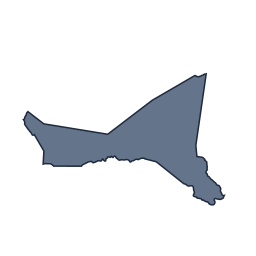 outline of Jacaleapa, El Paraíso, Honduras, rotated 278°
{"feature_id": "27666195B90337288722280", "entity_name": "Jacaleapa", "entity_type": "district", "adm_level": 2, "iso_a3": "HND", "parent_name": "Honduras", "parent_adm1": "El Paraíso", "projection": "albers", "projection_center": [-86.709, 14.063], "detail": "fine", "context": "isolated", "style": "filled", "palette": "slate", "viewbox_px": 256, "rotation_deg": 278, "n_neighbors": 0, "source": "geoboundaries", "source_scale": "gbopen_adm2", "svg_char_len": 5369}
<svg xmlns="http://www.w3.org/2000/svg" viewBox="0 0 256 256"><g transform="rotate(278 128 128)"><path d="M74.6,232.7L74.4,232.1L74.4,231.6L74.6,231.0L74.7,230.8L74.7,230.7L76.4,229.7L77.0,229.3L77.9,228.6L78.4,228.3L78.6,228.2L78.8,228.2L79.1,228.2L79.7,228.3L80.2,228.3L80.7,228.3L81.0,228.2L81.3,228.1L81.5,228.0L81.6,227.8L81.9,227.6L82.0,227.4L82.8,227.0L83.4,226.5L83.5,226.2L83.8,225.3L83.9,225.1L83.8,224.7L83.9,224.2L84.1,223.9L84.3,223.6L85.2,222.9L85.8,222.3L86.0,222.1L86.2,221.5L86.7,220.7L87.1,220.2L87.8,219.2L88.3,218.5L88.5,218.1L88.7,217.6L88.9,217.3L89.3,216.8L89.9,216.1L90.5,215.6L90.7,215.4L91.2,214.6L91.3,214.4L91.3,214.1L91.4,213.9L91.5,213.8L91.6,213.6L91.8,213.4L92.1,213.3L92.8,213.0L93.4,212.9L93.5,212.8L93.8,212.3L94.1,211.8L94.6,211.3L95.3,211.4L96.2,211.6L96.4,211.7L96.8,211.9L97.2,212.1L97.6,212.2L97.9,212.2L98.1,212.2L98.4,212.0L98.6,212.0L99.5,211.9L100.3,211.9L100.7,211.8L101.6,211.6L102.7,211.2L103.8,211.0L104.6,210.9L104.9,210.8L105.2,210.7L105.4,210.6L105.6,210.4L105.8,210.1L106.3,209.2L106.7,208.5L106.8,208.4L107.0,208.4L107.1,208.6L107.3,208.6L107.6,208.3L107.8,208.2L108.8,206.8L109.1,206.4L109.3,205.8L109.3,204.9L109.4,204.1L109.3,203.3L109.4,201.5L109.4,200.9L109.4,200.7L109.3,200.2L120.3,197.6L192.5,197.9L192.2,197.3L192.2,196.9L192.1,196.5L192.0,196.2L191.9,196.0L191.6,195.7L191.4,195.5L191.0,195.3L190.7,195.1L190.5,193.9L190.3,193.6L189.8,193.1L189.5,192.7L189.2,192.1L189.0,191.5L188.7,191.1L188.6,190.9L188.5,190.7L188.5,190.0L188.6,189.4L188.6,189.0L188.7,188.8L188.9,188.5L189.2,187.4L189.3,187.1L189.2,186.8L158.9,148.2L119.0,108.8L120.4,44.0L130.3,26.6L130.0,26.4L129.4,26.0L128.8,25.6L128.5,25.5L128.0,25.4L127.3,25.4L126.5,25.3L126.2,25.1L125.7,24.8L124.9,24.5L123.7,24.2L123.3,24.3L123.1,24.3L122.9,24.3L122.3,23.9L121.9,23.6L121.8,23.3L121.6,23.5L120.4,24.4L119.8,24.8L119.5,24.9L119.3,25.0L118.2,25.0L117.8,25.0L117.5,25.1L117.3,25.2L117.0,25.4L116.1,26.2L114.3,27.9L113.5,28.6L112.9,29.2L112.2,30.1L111.7,30.5L111.1,31.1L110.6,31.6L110.4,32.0L110.0,32.5L109.8,32.7L109.5,32.9L109.0,33.3L108.4,33.7L108.0,34.0L107.8,34.2L107.7,34.4L107.7,34.6L107.7,34.8L107.7,35.1L107.8,35.4L108.0,35.8L108.1,36.0L108.3,36.2L93.5,47.9L80.4,49.0L81.4,51.4L81.3,52.5L81.4,53.2L81.5,53.9L81.6,54.6L81.7,55.3L81.8,56.1L81.7,56.6L81.4,57.2L81.0,58.2L80.6,58.7L80.4,59.2L79.9,59.6L83.7,87.2L85.1,88.0L85.3,88.2L85.7,88.9L86.2,89.5L86.6,90.2L87.2,91.0L87.5,91.5L88.0,92.2L88.6,93.0L88.9,93.5L89.0,93.7L89.2,94.5L89.7,95.6L89.8,96.1L89.7,96.2L89.6,96.6L89.4,97.0L88.8,98.0L88.7,98.3L88.8,98.4L89.5,100.1L90.0,100.7L90.4,101.5L91.1,102.5L91.3,102.8L91.5,103.1L91.5,103.4L91.6,104.0L91.5,104.3L91.4,104.8L91.4,105.1L91.5,105.6L91.6,105.8L91.8,106.1L92.0,106.3L92.6,106.6L93.2,106.7L93.5,106.8L93.7,107.0L93.8,107.1L93.8,107.3L93.7,107.4L93.1,108.0L92.8,108.3L92.4,108.9L92.1,109.3L92.0,109.5L92.0,109.8L92.1,110.0L92.3,110.4L92.4,110.5L94.0,110.5L94.3,110.6L94.7,110.8L94.9,111.0L95.0,111.1L95.2,111.4L95.3,111.5L95.6,111.9L96.5,112.0L96.7,112.3L96.7,112.9L96.7,113.3L96.5,114.1L96.5,114.4L96.5,114.6L96.6,114.8L96.9,115.0L97.2,115.2L97.5,115.3L97.7,115.5L96.8,116.9L96.7,117.1L96.8,117.3L97.4,117.7L97.8,118.0L98.0,118.2L98.2,118.5L98.3,118.7L98.3,118.9L98.3,119.1L98.1,119.4L97.8,119.8L96.7,120.5L96.5,120.8L96.3,121.1L96.1,121.6L95.8,122.2L95.1,123.2L95.0,123.5L95.0,123.9L95.0,124.2L95.1,124.6L95.2,124.9L95.5,125.4L95.7,126.1L95.7,126.5L95.8,128.6L96.1,129.7L96.4,130.6L96.6,131.0L96.6,131.5L96.6,132.0L96.5,132.3L96.4,132.7L96.3,133.0L96.1,133.3L95.6,133.9L94.7,134.7L94.7,134.9L94.6,135.0L94.7,135.3L94.9,135.6L95.1,135.8L95.6,136.0L95.9,136.3L96.0,136.5L96.1,137.1L96.2,137.3L96.3,137.7L96.5,138.0L96.7,138.3L97.2,139.0L97.4,139.2L97.9,139.7L98.0,139.9L98.1,140.2L98.2,140.4L98.2,140.8L98.2,141.3L98.1,141.8L98.1,142.1L98.1,142.3L98.2,142.6L98.3,142.9L98.4,143.1L99.0,143.9L99.6,144.8L99.7,145.0L99.9,145.4L100.0,146.0L100.1,146.9L100.2,147.5L100.2,148.6L100.1,149.0L99.8,149.0L98.5,160.7L80.7,190.8L80.5,191.5L80.4,192.8L80.2,193.3L80.1,193.5L79.9,193.7L79.7,194.0L79.4,194.4L79.2,194.9L79.0,195.4L79.0,195.9L79.0,196.4L79.7,199.0L79.6,199.6L79.4,199.9L79.3,200.2L79.2,200.4L79.0,200.6L78.8,200.7L78.6,200.8L78.0,201.1L76.5,201.4L75.5,201.7L75.2,201.8L74.6,202.2L74.0,202.6L73.8,202.7L73.6,202.8L73.4,202.8L72.7,202.6L72.2,202.4L71.5,202.3L70.8,202.1L70.2,202.1L69.9,202.2L69.7,202.4L69.6,202.6L69.5,202.8L69.4,203.4L69.3,204.1L69.2,204.4L69.3,204.8L69.2,205.1L69.1,205.4L68.9,205.5L68.5,205.8L68.4,205.9L68.4,206.0L68.3,206.3L68.2,206.6L68.2,207.0L68.3,207.8L68.3,208.0L68.1,208.6L68.1,209.1L68.1,209.8L68.0,210.1L68.0,210.3L67.8,210.5L67.3,211.0L67.0,211.3L66.9,211.4L66.9,211.6L67.0,211.8L67.0,212.1L67.1,212.8L67.0,213.0L66.6,213.5L66.1,214.9L65.8,215.8L65.9,216.0L66.0,216.3L66.0,216.7L66.0,217.2L65.8,217.3L65.2,217.9L64.9,218.4L64.6,218.6L64.5,218.8L64.3,218.8L64.2,218.9L64.0,219.4L63.6,220.6L63.5,220.8L63.6,221.5L63.7,222.5L63.8,223.0L63.9,223.4L64.2,223.7L64.5,223.9L64.8,224.1L65.4,224.3L65.9,224.4L66.3,224.5L66.8,224.4L67.1,224.3L67.6,224.1L67.9,223.9L68.1,223.6L68.3,223.5L68.4,223.4L68.7,223.4L69.1,223.4L69.6,223.5L69.9,223.6L70.1,223.8L70.3,224.1L70.3,224.5L70.2,225.8L70.0,227.6L70.0,228.2L70.0,228.5L70.1,228.9L70.2,229.4L70.6,230.4L70.9,230.8L71.3,231.4L71.7,231.8L72.0,232.1L72.3,232.2L72.8,232.3L74.2,232.5L74.4,232.6L74.6,232.7Z" fill="#64748b" stroke="#1e293b" stroke-width="1.5"/></g></svg>